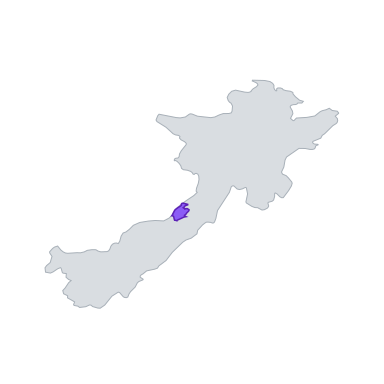 Hinboon, Khammouan, Laos (highlighted), rotated 82°
{"feature_id": "54806243B38020110154971", "entity_name": "Hinboon", "entity_type": "district", "adm_level": 2, "iso_a3": "LAO", "parent_name": "Laos", "parent_adm1": "Khammouan", "projection": "equal_earth", "projection_center": [104.427, 17.789], "detail": "fine", "context": "in_parent", "style": "filled", "palette": "violet", "viewbox_px": 384, "rotation_deg": 82, "n_neighbors": 0, "source": "geoboundaries", "source_scale": "gbopen_adm2", "svg_char_len": 5566}
<svg xmlns="http://www.w3.org/2000/svg" viewBox="0 0 384 384"><g transform="rotate(82 192 192)"><path d="M144.4,39.9L145.9,43.3L152.8,52.6L154.0,55.1L156.6,57.0L158.7,65.2L159.6,65.7L160.7,65.2L161.6,64.0L162.3,60.8L162.8,60.5L163.6,63.1L165.5,63.9L166.4,65.0L166.6,67.0L166.3,69.1L164.7,73.7L163.7,80.0L170.5,93.5L173.3,95.4L180.1,97.6L184.7,100.6L186.9,99.9L188.9,96.5L191.4,94.6L196.0,91.8L197.3,91.6L199.8,92.7L204.0,96.1L210.3,102.4L210.1,104.1L208.9,105.7L205.6,108.2L204.5,109.8L205.1,110.4L207.9,110.8L211.3,112.3L212.3,113.9L212.8,117.7L213.4,118.4L216.5,118.0L217.4,118.5L218.5,119.7L219.6,122.8L219.6,125.2L216.6,129.3L216.2,131.8L214.6,134.7L210.4,139.7L209.3,140.0L201.6,137.2L195.4,137.6L194.9,138.6L195.9,141.6L196.2,144.6L195.3,146.9L191.7,149.8L191.6,151.1L192.3,152.4L197.5,155.0L213.9,169.3L221.4,172.0L224.7,173.8L225.6,174.8L225.6,176.1L224.7,177.7L224.0,180.5L223.9,182.2L224.7,183.8L226.1,186.2L230.7,191.7L234.1,192.9L237.6,199.2L238.7,204.6L240.4,208.1L249.0,219.9L256.2,227.2L260.5,235.0L262.6,236.8L263.2,239.6L263.8,247.9L266.3,252.0L266.9,253.7L267.9,254.9L269.1,255.2L271.6,252.5L272.2,252.9L273.3,257.2L274.4,258.8L278.2,261.5L282.2,266.8L284.4,268.7L287.1,270.2L287.5,271.8L287.0,273.5L286.2,274.6L281.5,277.7L280.9,279.0L284.0,285.8L291.8,294.1L294.3,299.1L293.8,301.5L291.6,306.4L290.0,307.7L289.6,309.2L290.8,313.2L290.7,319.4L289.2,320.8L287.9,324.6L286.9,324.9L284.5,323.5L279.5,330.0L277.4,329.6L274.9,333.3L271.6,333.7L269.4,331.0L264.6,326.7L262.9,324.0L261.4,326.4L258.9,328.6L255.3,327.8L254.4,331.0L253.7,331.6L249.4,332.2L248.6,332.7L249.3,335.6L251.8,340.7L252.6,343.5L251.0,348.2L246.6,348.1L244.6,346.2L242.1,342.2L236.3,339.6L232.5,341.4L231.4,341.3L228.5,337.9L227.4,335.8L226.8,332.6L231.1,330.0L233.3,328.0L234.8,325.8L235.4,323.6L236.1,314.3L236.7,311.0L236.3,307.0L235.2,303.8L235.2,299.1L235.8,295.2L237.4,293.3L238.6,290.6L239.2,284.4L238.7,282.8L237.1,281.3L234.3,279.8L232.6,278.0L231.9,275.8L232.0,273.9L232.8,272.2L230.7,270.4L225.8,268.3L223.0,265.9L222.4,263.0L220.3,259.3L216.8,254.7L214.9,248.0L214.7,239.3L215.1,232.3L216.7,224.1L214.6,218.2L212.3,215.1L209.1,212.8L206.1,209.6L203.2,205.3L199.8,199.0L195.8,190.7L193.1,186.9L191.7,187.8L188.9,187.0L184.4,184.6L180.6,183.3L177.3,183.1L175.2,183.7L174.2,185.0L174.1,186.2L174.9,187.4L174.5,188.4L172.8,189.1L171.4,190.5L169.8,193.5L168.7,197.5L167.1,199.1L164.6,199.4L162.1,200.6L159.6,202.5L158.5,204.0L158.6,205.0L158.1,205.2L156.9,204.7L156.3,203.3L156.4,201.2L155.2,199.8L152.6,199.1L149.7,196.9L144.2,191.1L143.0,190.9L141.1,192.4L138.8,195.6L136.8,196.9L135.3,196.2L134.1,197.4L133.2,200.3L131.7,202.6L124.2,208.8L117.4,216.9L115.7,217.6L111.7,215.3L110.4,213.8L116.1,197.3L117.0,193.4L116.8,188.1L114.5,183.7L114.4,182.5L114.8,181.1L117.7,176.0L121.0,163.0L120.9,158.9L119.5,154.4L118.7,150.2L119.4,144.5L119.1,142.2L117.6,141.1L112.5,139.9L109.6,140.9L108.2,142.4L106.5,143.4L103.3,144.0L100.3,142.0L97.8,138.7L97.2,134.7L100.4,126.0L101.2,122.6L101.1,121.0L100.6,119.4L99.9,119.2L98.3,117.1L96.7,113.5L95.2,111.8L93.8,112.2L92.5,113.5L90.4,116.9L89.7,116.5L91.7,104.5L93.5,99.4L95.6,97.0L97.8,96.0L100.1,96.4L102.0,96.0L103.6,94.7L103.5,94.0L101.6,93.8L100.9,92.5L101.3,89.9L102.2,88.2L103.4,87.5L104.7,84.9L105.9,80.6L107.4,78.3L109.0,78.3L112.0,76.4L116.1,72.7L117.7,69.1L119.2,70.8L118.6,74.9L119.5,75.8L119.8,77.3L119.6,79.6L119.9,81.5L120.5,82.5L121.4,83.0L125.8,81.3L128.5,81.2L132.8,84.2L135.4,82.0L135.5,81.1L133.3,78.3L134.1,67.8L133.8,59.8L130.3,53.9L129.6,51.6L129.2,47.7L128.2,44.4L130.8,41.8L132.2,36.9L134.1,35.8L134.6,35.9L136.8,39.6L139.6,37.8L141.7,37.8L143.5,38.7L144.4,39.9Z" fill="#d9dde1" stroke="#a8b0b8" stroke-width="1"/><path d="M215.6,201.4L214.8,202.7L214.0,202.7L213.4,201.4L211.8,199.9L210.9,198.6L210.6,198.3L210.2,197.8L210.1,197.7L209.9,197.6L209.1,197.4L208.1,198.6L207.9,198.8L207.8,199.1L207.8,199.3L207.7,199.9L207.6,200.6L207.6,200.8L207.9,201.3L207.9,201.5L207.0,202.0L206.6,202.7L206.5,202.8L206.4,202.9L206.3,202.7L206.2,202.5L206.1,202.4L205.7,201.7L205.4,201.5L205.3,201.4L205.2,201.3L205.1,201.2L204.9,201.0L204.9,200.9L204.5,200.1L204.4,200.0L204.5,199.9L204.5,199.5L204.4,199.2L204.3,198.9L204.3,198.7L204.2,198.4L204.1,198.0L204.0,197.7L203.9,197.4L203.9,197.5L203.6,197.9L203.5,198.4L203.4,198.6L203.3,198.8L203.2,199.0L203.0,199.4L203.0,199.5L202.9,199.6L202.9,199.8L202.7,200.1L202.6,200.4L202.5,200.6L202.4,200.8L202.3,201.0L202.2,201.4L202.1,201.5L202.0,201.8L202.0,202.0L201.9,202.2L201.9,202.3L201.9,202.5L201.9,202.8L201.9,203.0L201.8,203.3L202.0,203.7L202.1,203.8L202.4,204.1L202.5,204.2L202.7,204.3L202.9,204.3L203.0,204.3L203.3,204.4L203.5,204.4L203.6,204.5L203.9,204.7L204.1,205.0L204.4,205.6L204.5,205.9L204.7,206.2L204.7,206.3L204.8,206.5L205.0,206.9L205.1,207.1L205.2,207.6L205.3,207.8L205.5,208.1L205.7,208.4L205.9,208.9L206.1,209.2L206.4,209.7L206.6,210.1L206.7,210.3L206.8,210.5L206.9,210.8L207.1,211.1L207.3,211.3L207.5,211.4L207.6,211.5L207.9,211.8L208.1,211.9L208.1,212.0L208.7,212.4L208.9,212.5L209.7,213.1L210.3,213.5L210.7,213.9L211.0,214.0L211.3,214.0L211.9,214.6L212.1,214.7L212.2,214.9L212.4,215.0L212.6,215.2L212.6,214.9L212.7,214.7L212.8,214.6L213.0,214.5L213.1,214.4L213.2,214.1L213.4,213.8L213.5,213.8L213.7,213.7L214.1,213.5L214.3,213.5L214.6,213.5L215.0,213.5L216.3,213.4L217.5,213.2L217.5,212.9L217.6,212.7L217.7,212.3L217.8,212.1L218.1,211.6L218.3,211.1L218.2,211.1L218.1,210.9L218.0,210.7L217.6,209.7L216.9,207.3L216.8,206.9L216.7,206.6L216.2,205.0L215.9,204.1L215.8,203.6L215.7,203.4L215.6,201.4Z" fill="#8b5cf6" stroke="#5b21b6" stroke-width="1.5"/></g></svg>